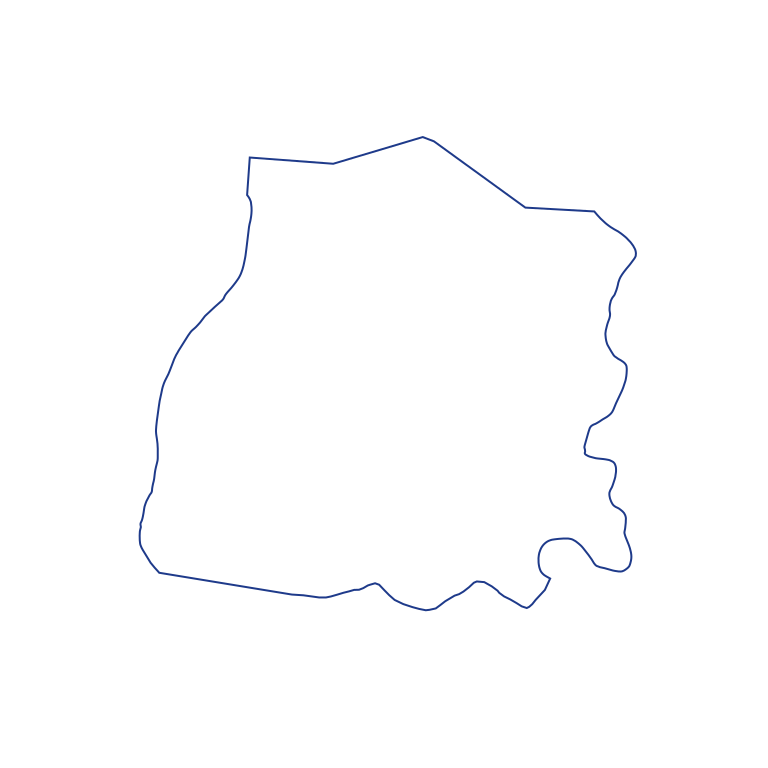 outline of Lauterique, La Paz, Honduras, rotated 164°
{"feature_id": "27666195B69493881597747", "entity_name": "Lauterique", "entity_type": "district", "adm_level": 2, "iso_a3": "HND", "parent_name": "Honduras", "parent_adm1": "La Paz", "projection": "robinson", "projection_center": [-87.665, 13.861], "detail": "fine", "context": "isolated", "style": "outline", "palette": "blue", "viewbox_px": 768, "rotation_deg": 164, "n_neighbors": 0, "source": "geoboundaries", "source_scale": "gbopen_adm2", "svg_char_len": 6166}
<svg xmlns="http://www.w3.org/2000/svg" viewBox="0 0 768 768"><g transform="rotate(164 384 384)"><path d="M652.1,264.5L530.6,207.0L519.7,203.1L505.0,196.6L498.7,194.8L493.7,194.4L487.0,194.4L480.5,194.5L474.9,194.3L469.4,194.3L464.7,193.1L460.2,193.5L455.1,194.8L452.8,194.9L447.5,194.9L444.0,192.4L440.4,185.5L437.2,179.6L433.3,173.5L426.1,167.1L418.0,161.6L412.2,158.1L406.2,155.0L402.6,154.4L396.1,154.0L391.0,155.9L385.0,158.3L374.5,161.1L369.7,161.3L364.8,162.6L358.3,165.2L352.4,168.2L349.2,168.6L342.2,165.9L336.2,159.8L331.8,154.0L330.8,151.5L327.1,146.7L322.0,142.1L317.0,136.9L312.9,132.3L308.5,129.3L305.8,129.8L302.2,131.5L297.7,134.7L286.1,141.7L277.9,151.2L279.5,152.8L281.0,154.3L281.8,155.2L282.6,156.1L283.4,157.3L284.1,158.6L284.6,159.8L284.9,160.8L285.1,162.2L285.2,163.6L285.2,165.3L285.1,166.5L284.9,168.2L284.6,169.9L284.0,172.1L283.5,174.0L282.8,175.7L282.2,177.1L281.3,178.8L280.4,180.1L279.3,181.6L278.1,183.0L276.9,184.1L275.9,184.9L274.7,185.7L273.2,186.5L271.5,187.2L270.5,187.5L269.2,187.8L268.3,187.9L266.9,188.0L265.4,188.0L262.4,187.6L258.8,187.0L254.6,186.1L251.6,185.3L249.6,184.7L248.1,184.0L247.1,183.5L246.3,183.0L245.6,182.5L245.0,181.9L244.0,180.9L243.2,180.1L242.3,178.9L241.0,177.1L239.9,175.4L239.1,174.1L238.4,172.7L237.9,171.6L237.0,169.4L234.5,163.2L233.8,161.2L232.7,158.1L231.7,154.4L231.4,153.5L231.0,152.6L230.6,151.7L230.2,151.1L229.6,150.4L228.6,149.7L226.9,148.4L222.8,146.2L215.5,141.7L213.6,140.7L210.3,139.2L209.4,138.9L208.5,138.6L207.5,138.4L206.7,138.3L205.7,138.4L204.8,138.5L203.0,139.0L202.0,139.4L200.7,139.9L199.3,140.7L198.7,141.1L198.2,141.6L197.5,142.5L196.8,143.5L195.4,145.9L194.5,147.8L194.1,148.9L193.8,149.8L193.4,151.5L193.1,153.6L193.0,154.9L192.9,158.3L193.0,160.8L193.1,162.2L193.8,168.9L194.0,171.0L194.0,173.1L194.0,174.0L193.8,175.1L193.4,176.0L192.2,178.3L191.6,179.7L190.8,181.7L189.9,183.9L189.1,186.4L188.6,187.8L188.4,188.7L188.3,189.7L188.3,190.3L188.3,191.3L188.6,192.7L188.7,193.3L189.0,194.2L189.3,194.7L189.7,195.6L190.9,197.4L192.3,199.3L193.4,200.4L195.2,202.0L196.2,203.2L196.8,204.1L197.3,205.2L197.6,206.3L197.9,207.6L198.1,208.9L198.2,210.3L198.3,211.7L198.2,212.9L198.1,214.2L197.9,215.4L197.7,216.1L197.5,216.8L197.2,217.5L196.8,218.1L196.2,218.9L195.5,219.8L193.5,221.8L192.4,223.2L190.8,225.5L188.7,228.6L187.3,230.9L186.6,232.5L186.0,233.8L185.2,235.6L184.6,237.5L184.3,238.7L184.1,239.7L184.0,240.8L184.0,241.9L184.1,243.0L184.2,243.7L184.5,244.6L184.9,245.4L185.3,246.0L185.9,246.6L187.0,247.6L187.9,248.4L188.8,249.0L191.6,250.4L193.6,251.3L199.1,253.5L200.9,254.3L201.6,254.7L204.3,256.3L206.3,257.5L207.6,258.5L208.8,259.7L209.4,260.3L209.9,261.0L210.0,261.3L210.1,261.9L210.0,262.4L209.4,263.4L209.2,263.9L209.1,264.6L208.9,265.6L208.9,267.2L208.8,268.0L208.5,268.7L207.8,270.0L201.3,280.5L200.2,282.2L199.3,283.5L198.4,284.8L197.7,285.5L197.2,285.9L196.5,286.4L195.8,286.7L195.0,286.9L194.0,287.2L191.7,287.4L189.5,287.9L187.3,288.5L183.6,289.7L180.0,290.6L178.6,291.0L177.0,291.6L175.4,292.3L173.9,293.1L173.1,293.7L172.4,294.2L171.8,294.8L170.5,296.2L166.3,301.5L163.5,304.7L159.9,308.8L157.1,312.0L155.0,314.7L153.3,317.2L151.2,320.3L150.6,321.3L149.9,322.7L148.9,324.8L147.9,327.3L147.0,329.9L146.5,331.5L146.1,333.6L146.0,334.4L146.1,335.2L146.2,335.9L146.7,337.2L147.1,338.0L147.8,339.1L148.8,340.3L149.9,341.6L151.9,343.6L153.4,345.5L154.8,347.2L155.0,347.8L155.4,348.6L156.6,352.8L157.6,356.8L158.3,359.7L158.5,361.2L158.5,362.3L158.5,364.2L158.2,366.9L158.0,368.0L157.7,369.6L157.4,371.0L157.1,371.9L156.6,373.0L156.0,374.4L153.9,378.1L152.9,379.8L151.9,381.3L150.0,383.9L149.2,385.0L148.6,386.1L148.1,387.0L147.6,388.3L147.3,389.3L146.9,392.6L146.6,393.7L146.2,395.0L145.7,396.3L144.9,398.1L143.7,400.2L143.1,401.3L142.2,402.4L141.3,403.4L140.3,404.3L138.5,405.6L137.6,406.4L137.0,407.2L134.8,410.1L133.3,412.4L132.0,414.6L130.8,416.9L129.9,418.2L128.7,419.9L127.2,421.6L124.9,423.7L122.5,425.6L119.2,428.0L115.2,430.7L113.3,432.1L109.5,435.0L108.4,435.9L107.3,437.0L106.7,437.8L106.3,438.9L105.8,440.2L105.6,441.5L105.5,442.6L105.5,444.0L105.7,445.2L106.1,446.9L106.4,448.3L106.9,449.6L107.4,451.0L108.0,452.5L109.6,455.5L110.4,457.1L111.3,458.6L113.1,461.2L114.7,463.4L116.1,465.1L116.8,466.0L120.0,469.2L122.9,472.4L124.4,474.3L125.8,476.2L126.7,477.5L127.9,479.5L130.3,483.5L132.4,487.7L134.3,491.9L199.5,514.6L269.1,603.5L278.7,610.7L372.1,609.7L450.6,638.7L463.5,603.4L462.7,601.3L462.1,599.1L462.0,598.2L461.9,597.2L461.8,596.4L461.8,595.5L462.0,594.3L462.6,590.6L462.8,589.8L463.5,587.1L464.6,584.0L465.6,581.6L466.6,579.5L467.6,577.5L469.2,574.7L470.5,572.1L478.8,552.4L481.7,545.7L482.5,544.0L484.2,540.7L486.5,536.4L488.4,533.3L490.1,530.9L491.3,529.3L492.9,527.5L494.4,526.0L495.8,524.8L498.3,522.8L501.4,520.5L504.4,518.4L509.0,515.5L510.3,514.6L511.0,514.1L512.0,513.3L512.9,512.4L514.5,510.5L515.2,509.9L515.8,509.5L516.7,508.9L518.0,508.3L525.3,504.8L536.1,499.3L537.4,498.6L538.5,497.8L542.9,494.5L544.0,493.7L546.9,491.9L549.1,490.6L550.7,489.8L553.3,488.6L554.6,487.9L555.9,487.0L558.9,484.6L564.5,479.6L572.1,472.8L574.2,470.7L575.8,469.2L577.3,467.5L578.8,465.8L579.7,464.6L582.6,460.7L586.3,455.8L588.6,452.9L589.8,451.6L593.6,447.5L595.3,445.4L596.2,444.1L597.5,442.2L598.5,440.5L600.6,436.5L604.3,429.6L606.5,424.8L612.5,411.2L614.5,406.3L615.6,403.3L616.2,401.5L616.7,399.2L617.0,397.3L617.4,394.1L617.8,391.5L618.2,389.0L618.8,386.4L619.3,384.2L620.4,380.4L621.6,376.2L622.1,374.6L622.8,372.8L623.9,370.8L626.0,367.2L627.4,364.6L628.6,362.1L631.0,356.4L632.1,354.2L633.5,351.8L634.8,349.3L635.6,347.6L636.4,345.5L636.9,344.5L637.2,344.1L637.7,343.5L638.1,343.2L638.8,342.7L639.9,341.8L640.7,341.0L642.2,339.4L644.6,336.9L645.6,335.6L646.6,334.2L648.0,332.1L648.7,330.7L650.8,326.1L652.3,323.1L652.9,322.0L653.6,320.8L654.3,319.7L655.1,318.7L656.1,317.6L656.4,317.1L656.7,316.5L656.8,316.0L656.9,315.6L657.0,314.4L657.2,313.4L657.6,312.7L658.6,311.0L659.3,309.6L659.9,307.9L660.7,305.5L661.8,301.3L662.1,299.7L662.4,297.9L662.5,296.6L662.4,295.6L662.3,294.5L662.1,293.1L661.6,290.9L659.0,281.5L657.9,277.5L657.6,276.4L657.4,276.0L655.1,270.7L652.7,265.8L652.1,264.5Z" fill="none" stroke="#1e3a8a" stroke-width="2"/></g></svg>